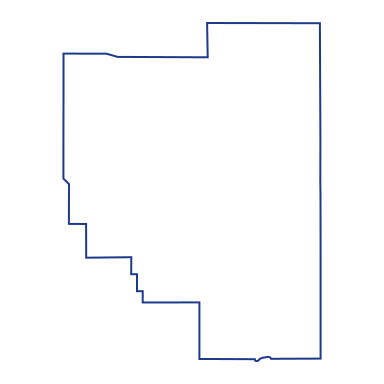 Marion, Mississippi, United States of America (orthographic projection)
{"feature_id": "52423323B28506543245034", "entity_name": "Marion", "entity_type": "district", "adm_level": 2, "iso_a3": "USA", "parent_name": "United States of America", "parent_adm1": "Mississippi", "projection": "orthographic", "projection_center": [-89.839, 31.217], "detail": "fine", "context": "isolated", "style": "outline", "palette": "blue", "viewbox_px": 384, "rotation_deg": 0, "n_neighbors": 0, "source": "geoboundaries", "source_scale": "gbopen_adm2", "svg_char_len": 614}
<svg xmlns="http://www.w3.org/2000/svg" viewBox="0 0 384 384"><path d="M117.7,56.9L106.4,53.7L63.5,53.6L63.5,99.2L63.4,149.1L63.4,178.6L69.0,184.1L68.9,223.9L86.1,224.0L86.2,257.7L131.3,257.2L131.2,274.2L137.0,274.2L137.0,291.2L142.7,291.2L142.7,302.5L199.4,302.4L199.4,359.0L199.6,359.0L206.9,359.0L212.3,359.0L254.9,359.2L255.2,360.5L255.6,360.9L257.2,361.0L258.5,360.5L259.8,358.9L262.1,357.9L268.3,356.8L270.2,357.5L271.2,358.7L271.2,358.8L320.6,358.6L320.6,261.2L320.5,195.5L320.3,181.9L320.4,140.3L319.9,23.2L308.8,23.2L207.1,23.0L207.7,57.3L117.7,56.9Z" fill="none" stroke="#1e3a8a" stroke-width="2"/></svg>